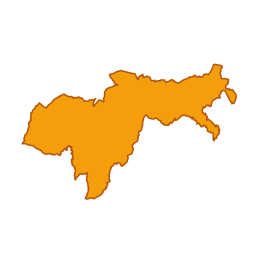 outline of Ambato Boeni, Boeny, Madagascar, rotated 9°
{"feature_id": "10022922B29824664852903", "entity_name": "Ambato Boeni", "entity_type": "district", "adm_level": 2, "iso_a3": "MDG", "parent_name": "Madagascar", "parent_adm1": "Boeny", "projection": "natural_earth1", "projection_center": [46.383, -16.718], "detail": "fine", "context": "isolated", "style": "filled", "palette": "amber", "viewbox_px": 256, "rotation_deg": 9, "n_neighbors": 0, "source": "geoboundaries", "source_scale": "gbopen_adm2", "svg_char_len": 5836}
<svg xmlns="http://www.w3.org/2000/svg" viewBox="0 0 256 256"><g transform="rotate(9 128 128)"><path d="M26.1,160.0L28.4,159.6L30.9,159.8L31.9,160.3L37.0,160.4L38.2,160.8L38.7,161.6L39.9,161.9L41.4,162.8L42.1,162.7L43.5,163.4L44.1,163.3L45.8,164.0L47.8,165.9L49.3,166.1L50.6,166.7L51.6,166.6L54.9,165.4L55.2,165.8L57.4,166.3L58.1,165.6L59.1,166.1L59.8,165.9L61.9,164.5L63.4,164.9L63.7,165.5L65.3,165.5L65.9,163.6L65.6,162.7L65.7,161.7L67.6,160.7L68.6,158.2L69.5,158.3L70.6,159.6L71.2,159.5L71.2,158.2L70.4,157.1L70.9,156.0L71.2,156.2L71.8,155.3L72.5,155.8L72.8,155.2L73.5,155.1L74.2,156.0L74.9,155.4L75.5,155.4L75.6,155.7L74.8,156.5L75.0,157.2L75.9,158.1L75.2,158.8L75.8,159.3L76.6,159.1L77.0,160.9L76.6,161.7L76.0,161.6L75.8,162.1L76.2,162.5L76.7,162.1L77.0,162.2L77.8,164.3L77.6,165.2L78.7,166.4L78.2,167.7L77.4,167.5L77.1,168.9L78.1,169.6L77.8,170.6L78.2,170.9L77.8,171.3L78.4,171.8L78.8,173.4L80.5,174.2L80.8,174.8L81.5,174.7L81.9,175.7L81.8,176.6L82.6,177.8L82.8,178.9L82.8,180.0L82.4,181.0L82.7,182.3L82.5,183.3L83.4,185.1L83.7,187.0L84.2,187.3L84.7,185.5L88.0,180.6L90.5,180.9L91.7,179.9L93.4,180.1L94.5,178.6L95.0,178.8L94.8,180.3L95.3,181.2L95.0,183.5L95.1,185.0L95.8,187.1L97.3,189.6L97.5,191.8L98.1,192.7L98.6,194.4L98.2,194.8L98.7,195.5L98.4,198.0L97.8,199.7L98.1,201.0L97.0,203.4L97.0,204.4L98.9,204.5L102.6,202.8L104.6,202.7L105.5,203.3L108.2,200.8L110.3,199.6L111.8,198.0L113.3,195.5L113.5,193.5L115.5,191.9L115.6,191.1L115.3,190.2L116.2,190.2L116.2,188.3L116.8,187.2L115.6,185.6L116.2,185.0L117.0,185.0L118.6,183.2L118.5,182.6L117.5,181.9L116.6,176.1L117.0,174.7L116.7,173.5L117.3,171.7L117.2,170.6L117.7,169.9L117.5,168.8L118.4,168.4L119.4,167.3L120.2,164.8L122.6,165.6L122.9,164.0L125.4,163.8L127.1,166.3L127.9,166.7L128.5,165.8L129.4,165.5L129.6,164.7L130.4,164.2L132.3,161.6L132.8,157.5L132.6,156.6L131.9,156.0L131.9,155.1L135.7,153.0L136.5,148.9L136.1,147.0L134.9,144.9L134.9,144.3L135.9,142.7L139.3,139.5L139.5,138.8L139.6,135.6L139.0,134.3L139.7,133.8L140.0,133.0L139.4,131.8L139.3,130.0L139.6,129.4L140.6,129.3L141.7,127.1L141.6,124.8L142.0,123.6L141.5,119.5L141.9,117.8L141.7,116.3L142.0,115.1L142.6,114.5L143.0,113.2L144.4,112.3L146.6,114.8L150.4,115.3L152.0,115.0L154.2,113.8L155.7,114.4L156.1,114.9L157.5,115.5L158.3,115.5L159.2,116.1L160.0,117.6L161.3,118.3L162.3,118.5L163.0,119.3L167.3,119.1L167.8,118.7L168.7,116.0L170.4,116.5L171.1,114.9L171.9,114.1L172.0,113.2L172.8,111.4L173.1,111.4L173.4,112.9L175.0,112.5L179.5,107.1L182.7,106.5L183.8,107.2L185.3,106.8L187.3,107.6L188.5,107.6L190.0,109.1L190.4,107.4L191.6,108.1L192.3,109.9L193.6,109.8L193.8,110.5L194.9,110.9L195.5,113.1L196.5,112.5L197.4,112.4L197.9,113.3L199.1,114.0L199.6,115.0L200.3,115.2L200.7,114.9L201.7,114.9L202.5,113.3L203.8,113.7L204.5,115.0L205.5,114.7L206.8,117.3L206.9,118.4L208.1,119.2L210.1,118.9L210.2,119.6L212.9,119.9L213.4,121.0L213.2,122.4L214.0,124.2L213.6,125.6L215.0,126.9L215.4,124.6L216.3,124.7L216.9,124.4L216.9,122.9L218.0,120.3L219.0,119.3L218.2,117.3L218.9,116.2L218.9,115.7L218.7,115.1L218.0,115.3L217.6,114.9L217.6,113.8L217.0,111.9L215.2,111.4L214.4,113.7L214.1,111.8L212.3,111.3L211.6,110.1L210.8,109.9L210.4,109.3L205.9,106.7L205.1,107.0L204.8,107.9L204.5,107.9L204.2,107.0L204.6,104.9L203.8,103.7L202.3,103.0L202.2,102.4L202.6,102.1L202.5,101.8L202.0,101.4L200.6,102.2L200.1,101.3L199.1,101.0L198.4,98.5L199.1,97.1L198.7,96.4L199.3,95.5L200.6,95.9L202.3,93.5L203.3,92.7L204.8,93.7L206.0,93.8L206.7,93.2L206.6,90.9L207.2,87.9L211.3,84.4L212.6,83.9L213.8,84.2L214.2,83.9L214.1,83.1L213.1,82.5L212.8,82.0L214.0,80.2L214.3,77.5L215.4,76.4L216.9,75.9L218.3,76.4L224.3,84.8L225.2,85.5L225.8,86.6L226.5,86.4L227.1,87.2L227.0,87.6L228.7,87.1L229.9,83.3L229.9,79.6L229.3,78.0L227.5,76.4L225.5,74.0L224.9,73.9L223.2,74.8L222.6,74.6L222.1,73.4L221.0,74.2L219.4,73.6L218.4,73.7L217.9,71.6L218.8,69.7L219.5,69.4L219.4,68.7L219.8,68.0L219.5,67.5L220.1,66.9L219.3,65.9L219.8,64.7L219.1,64.3L215.7,64.1L212.7,64.6L212.2,64.1L211.9,62.5L210.4,59.9L210.8,57.6L210.5,55.2L211.4,53.8L211.5,53.2L211.0,52.0L209.7,51.8L204.3,51.5L202.9,51.9L202.5,52.6L202.3,54.7L200.8,59.8L200.3,60.1L199.7,61.7L198.6,62.8L197.2,62.3L194.5,63.4L193.7,65.9L191.2,66.5L190.6,65.7L188.5,67.1L186.7,65.7L185.7,65.6L185.3,66.1L184.6,66.2L184.6,66.9L183.8,67.4L182.1,68.0L181.3,67.7L179.4,69.5L175.2,71.9L170.8,75.8L167.6,75.3L167.0,74.8L166.0,74.9L165.9,74.2L164.1,73.4L163.2,74.2L163.0,73.8L162.6,74.0L161.7,75.1L158.4,77.0L157.7,76.7L156.6,74.9L153.1,75.4L151.6,76.6L150.2,76.6L148.3,78.0L147.9,77.9L147.2,76.7L145.7,77.4L143.4,77.4L142.9,77.0L142.4,75.5L141.7,74.7L138.8,73.8L137.1,74.7L136.1,75.6L135.5,75.6L135.0,75.3L134.3,72.9L133.3,73.4L132.7,74.6L131.6,74.7L130.6,76.0L130.5,78.0L130.0,78.5L126.3,73.3L122.6,73.4L111.7,72.4L107.8,74.3L105.9,76.0L101.5,78.1L101.9,79.5L102.7,80.7L104.5,82.1L108.5,86.6L111.5,86.9L107.8,88.4L106.3,89.6L102.0,91.8L100.4,93.2L99.5,95.7L99.8,101.2L99.2,103.1L99.4,104.2L100.2,105.1L99.2,106.1L96.5,104.8L94.9,104.9L91.7,110.4L90.6,111.8L89.9,110.9L90.0,108.3L90.5,106.2L91.2,104.3L90.8,104.4L89.9,105.6L86.0,106.2L84.4,107.7L80.3,108.2L79.0,107.2L78.6,106.0L77.9,106.1L76.8,105.5L75.9,105.7L75.1,105.2L74.1,105.2L72.5,106.2L71.0,106.1L69.5,107.2L68.0,105.9L66.9,106.1L66.3,105.7L65.4,106.4L61.5,105.5L60.6,104.9L59.3,104.6L56.6,106.5L56.2,107.2L55.1,107.3L54.9,108.2L53.9,108.5L53.3,109.3L51.4,110.5L49.3,113.4L48.3,115.6L46.4,117.0L44.9,119.1L44.8,120.2L44.1,120.8L42.1,120.5L39.8,119.4L38.9,118.5L36.7,117.2L36.3,117.4L34.8,120.0L33.4,120.9L32.6,123.9L31.4,124.9L30.7,127.6L29.7,128.4L30.1,130.5L29.9,131.4L30.4,131.9L30.3,132.5L30.7,133.4L30.4,134.5L31.0,135.4L30.8,136.1L30.1,136.4L30.1,137.3L29.3,138.1L29.0,138.8L30.1,142.0L29.4,144.0L29.2,148.2L28.2,150.3L27.3,151.0L27.3,152.6L26.9,154.7L27.0,155.6L27.9,156.5L27.7,157.2L26.6,158.4L26.1,160.0Z" fill="#f59e0b" stroke="#b45309" stroke-width="1.5"/></g></svg>